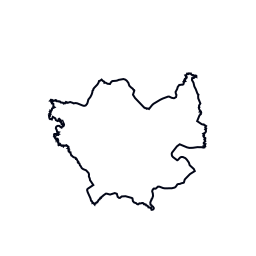 Mueang Sakon Nakhon, Sakon Nakhon, Thailand (Mercator projection), rotated 305°
{"feature_id": "78962969B18932454885431", "entity_name": "Mueang Sakon Nakhon", "entity_type": "district", "adm_level": 2, "iso_a3": "THA", "parent_name": "Thailand", "parent_adm1": "Sakon Nakhon", "projection": "mercator", "projection_center": [104.081, 17.195], "detail": "fine", "context": "isolated", "style": "outline", "palette": "ink", "viewbox_px": 256, "rotation_deg": 305, "n_neighbors": 0, "source": "geoboundaries", "source_scale": "gbopen_adm2", "svg_char_len": 5700}
<svg xmlns="http://www.w3.org/2000/svg" viewBox="0 0 256 256"><g transform="rotate(305 128 128)"><path d="M209.2,154.6L209.9,154.1L209.9,153.7L209.5,152.8L208.5,152.2L208.8,151.4L208.7,150.8L208.1,150.5L208.2,148.9L208.7,148.2L207.9,147.3L207.8,146.6L207.3,146.5L207.1,146.7L206.8,146.5L206.9,146.0L206.5,145.2L205.9,145.3L205.7,145.5L205.2,145.3L204.5,145.3L204.0,144.8L203.5,145.9L203.6,146.3L203.0,146.3L202.8,147.2L201.7,147.0L201.1,146.6L200.9,147.0L200.0,147.2L199.8,146.6L199.3,146.6L199.0,146.9L199.4,147.5L199.2,148.0L198.4,147.2L198.0,147.6L197.6,147.6L197.4,147.3L197.1,147.8L195.5,148.3L194.6,147.7L194.1,146.8L193.6,146.5L192.7,145.3L190.1,145.2L188.2,145.9L184.8,146.3L183.4,147.7L182.9,148.7L180.9,149.6L179.0,148.8L178.6,148.3L177.8,146.5L177.3,143.6L176.7,142.8L172.1,139.6L169.6,138.2L162.4,135.0L160.5,134.6L155.6,134.3L155.5,133.1L154.5,132.4L154.6,131.3L154.1,130.7L154.2,129.9L154.0,129.6L156.6,116.6L158.1,113.0L162.3,111.7L162.6,111.3L162.4,110.5L162.9,109.4L163.0,107.1L163.4,104.8L165.2,102.4L166.0,99.9L166.1,98.1L165.5,96.2L161.9,92.6L161.0,92.2L159.9,91.2L157.4,88.2L155.6,87.8L153.7,88.0L152.5,85.8L152.3,83.7L152.0,83.0L151.5,82.7L152.3,81.8L152.1,80.3L152.5,78.6L150.9,78.1L149.8,77.3L148.5,77.8L146.1,78.0L141.5,77.3L140.0,77.3L139.3,77.7L138.1,77.6L136.8,78.3L134.6,79.0L131.8,79.4L128.6,79.2L125.4,80.4L124.1,80.6L122.2,80.4L121.3,79.7L120.8,79.0L120.4,77.9L119.1,72.3L118.4,70.8L116.9,69.2L116.9,68.4L116.1,65.7L114.1,64.2L113.9,63.9L114.1,63.7L114.0,63.1L113.6,63.2L113.0,62.7L113.1,62.2L112.7,62.3L112.2,61.9L111.9,62.0L111.7,61.5L111.1,61.2L111.4,60.2L110.3,58.2L110.7,57.4L110.1,56.4L110.3,56.1L109.0,54.2L108.9,53.4L109.5,53.2L109.4,52.7L107.7,51.7L107.4,49.5L106.8,48.6L106.2,48.8L105.7,48.7L106.2,50.0L105.4,50.3L105.8,51.1L104.5,51.6L105.0,52.9L103.7,54.0L102.5,54.6L102.4,55.0L102.8,55.4L102.8,55.9L100.4,54.6L99.3,55.2L98.4,55.3L97.8,54.4L97.3,55.1L96.8,54.8L96.7,55.5L96.3,55.8L95.0,55.4L94.6,55.4L95.0,56.2L94.7,56.8L93.7,56.7L93.2,57.0L93.0,56.3L92.8,56.2L91.3,57.6L90.6,58.6L90.6,59.1L91.2,59.8L91.3,60.7L94.0,60.0L94.2,62.9L93.1,64.4L93.3,66.4L93.8,66.7L95.5,66.1L96.1,66.3L95.8,68.2L94.3,68.5L94.2,69.4L95.1,69.8L94.2,70.1L93.0,71.5L93.1,72.9L93.8,72.5L94.2,72.9L94.9,72.5L94.3,73.5L93.6,73.9L92.4,74.1L91.1,73.3L90.2,73.4L90.0,72.2L90.4,70.9L90.3,70.4L89.4,69.2L88.3,68.6L87.3,68.6L86.2,69.2L85.5,70.7L84.3,72.0L84.3,72.6L84.7,73.6L83.5,73.2L83.3,73.9L83.3,74.6L82.8,74.2L82.6,74.9L82.3,74.9L81.5,73.6L81.8,72.4L80.8,71.1L80.4,71.2L80.5,71.6L79.0,72.0L79.3,73.0L78.6,72.8L78.3,73.1L77.8,74.4L78.2,74.5L78.2,75.2L77.1,76.2L78.6,76.2L78.8,76.4L78.6,77.0L78.1,77.6L77.6,77.1L77.0,77.4L76.7,78.6L76.4,78.6L76.5,79.1L76.3,78.8L76.1,79.0L76.2,79.4L75.8,80.1L75.4,79.9L74.7,80.8L74.2,80.8L74.1,81.0L74.9,81.6L75.1,82.1L75.7,82.1L75.3,82.8L75.3,83.7L75.9,83.9L76.2,84.4L75.8,85.6L77.0,85.6L77.3,86.6L78.0,86.9L78.2,87.3L78.5,87.1L78.4,87.2L78.6,87.4L78.3,88.0L78.5,88.4L78.3,88.5L78.4,89.8L78.1,89.8L77.9,90.4L77.5,90.7L76.9,90.5L77.1,91.1L76.7,91.2L76.7,91.7L76.4,91.6L75.8,92.2L75.3,92.2L74.9,92.7L75.3,93.3L74.6,94.0L75.0,94.9L74.6,95.1L73.0,97.3L73.2,97.9L72.9,98.8L72.9,100.3L73.5,102.2L72.8,103.0L73.2,103.4L73.1,103.8L72.1,105.5L71.9,106.7L71.4,107.1L71.2,107.0L71.1,107.7L70.9,107.7L71.0,108.6L69.8,110.1L69.8,110.7L68.6,113.2L68.6,115.0L69.3,117.9L68.5,121.5L67.7,122.6L65.8,123.8L64.8,125.5L63.5,126.8L61.4,132.3L55.2,129.9L54.4,129.8L53.6,130.2L52.3,131.8L48.8,137.7L47.2,139.5L47.3,140.7L46.1,141.9L46.7,142.3L46.8,143.3L46.4,143.6L46.2,144.5L47.0,144.2L47.5,144.8L48.5,144.7L49.5,145.5L50.1,145.2L50.8,145.4L52.1,145.2L52.9,145.4L53.3,145.7L54.1,145.4L54.8,145.9L55.2,145.6L55.6,146.0L56.5,145.8L57.3,146.3L58.4,146.4L61.5,147.5L62.0,148.2L63.2,151.5L67.1,154.5L67.7,156.6L65.7,159.0L65.6,160.7L66.1,161.5L68.3,162.1L70.7,165.1L72.9,171.3L72.9,172.0L70.9,174.0L70.5,175.7L71.1,177.8L70.9,179.1L71.1,179.8L71.5,180.3L72.8,180.5L73.5,181.7L74.4,182.3L75.1,183.2L75.1,184.6L74.7,184.7L74.7,185.0L75.2,185.5L75.5,186.3L75.2,186.5L75.3,187.0L75.0,187.5L75.4,188.2L75.3,189.6L74.7,190.2L75.1,191.2L75.6,191.6L75.7,192.6L75.3,192.8L75.1,193.4L74.5,194.2L75.3,195.1L76.0,195.4L77.2,195.1L77.9,193.6L77.7,192.6L78.2,191.7L78.1,190.4L79.8,189.0L81.2,188.6L82.1,188.6L83.0,188.1L83.9,188.3L86.7,187.5L88.7,185.8L89.9,184.2L91.0,183.7L92.8,183.7L93.4,184.0L93.7,184.9L94.3,185.5L97.2,186.2L98.0,187.5L98.9,191.1L99.6,192.6L103.7,198.4L106.0,200.4L107.2,200.8L110.2,200.8L111.0,201.4L112.0,202.6L113.3,203.4L115.1,205.0L115.6,205.0L118.1,204.1L119.1,204.1L125.8,205.2L131.0,207.4L132.2,205.4L132.9,199.9L134.6,197.7L135.8,194.4L136.2,192.3L135.7,189.6L134.8,188.2L133.5,187.6L130.5,187.2L129.8,186.8L130.0,181.4L130.5,179.9L131.9,178.6L133.1,178.2L141.0,178.6L144.3,179.7L146.0,187.5L146.9,189.7L149.0,192.5L152.1,195.8L154.4,199.2L155.2,201.0L155.4,201.2L155.7,200.4L156.3,200.2L156.4,201.6L157.2,201.9L158.1,200.8L159.2,200.6L158.6,199.4L159.0,198.7L159.5,198.5L161.4,199.0L161.8,198.6L162.3,197.1L162.6,197.0L162.9,197.5L163.3,197.6L164.1,197.1L164.1,195.5L164.4,194.6L164.8,194.2L165.5,194.6L166.0,194.4L166.4,192.9L168.3,193.9L169.7,193.9L171.0,193.0L171.1,192.1L172.1,192.4L172.5,192.3L172.5,191.2L172.8,190.9L174.4,190.9L174.4,189.6L174.1,189.1L174.4,188.0L173.7,187.1L173.4,186.1L173.3,180.7L179.4,179.3L181.0,179.7L181.3,179.2L182.4,179.3L183.3,178.3L182.6,177.4L183.5,177.2L184.2,175.6L185.3,174.3L186.0,174.5L186.5,173.7L187.3,173.3L189.6,173.2L192.6,168.5L194.7,166.9L195.7,166.6L195.9,165.3L198.7,161.2L200.1,158.5L202.7,155.6L203.9,153.0L204.5,152.5L205.5,152.0L205.6,152.3L206.3,152.4L206.4,153.0L206.8,153.3L207.9,153.2L208.2,152.8L208.6,153.3L208.5,153.8L209.2,154.0L209.2,154.6Z" fill="none" stroke="#020617" stroke-width="2"/></g></svg>